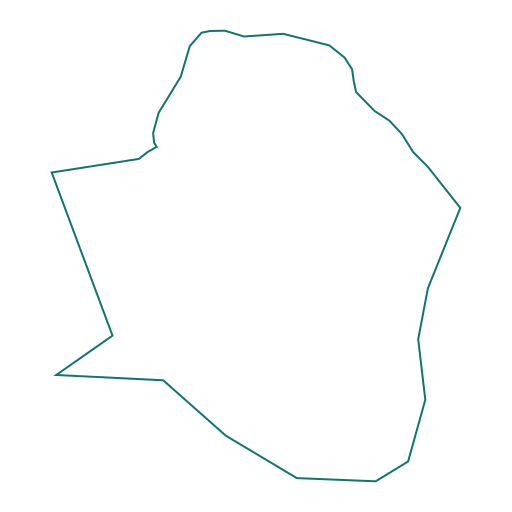 the border of Pesnica
{"feature_id": "SVN-976", "entity_name": "Pesnica", "entity_type": "Municipality", "adm_level": 1, "iso_a3": "SVN", "parent_name": "Slovenia", "parent_adm1": "", "projection": "natural_earth1", "projection_center": [15.715, 46.623], "detail": "fine", "context": "isolated", "style": "outline", "palette": "teal", "viewbox_px": 512, "rotation_deg": 0, "n_neighbors": 0, "source": "natural_earth", "source_scale": "10m", "svg_char_len": 545}
<svg xmlns="http://www.w3.org/2000/svg" viewBox="0 0 512 512"><path d="M375.6,481.3L296.8,478.1L225.8,435.7L163.2,380.3L56.2,375.0L112.5,335.6L51.7,172.5L138.9,158.9L147.6,152.0L156.7,146.9L154.1,142.7L153.1,133.0L158.7,112.7L180.7,76.8L189.8,46.1L201.5,32.7L210.1,31.0L224.8,30.7L244.1,36.5L283.1,33.8L329.3,45.4L344.5,57.5L352.1,69.3L353.8,81.5L356.1,92.1L374.6,111.0L389.3,120.6L402.0,134.2L413.1,152.0L427.8,166.8L460.3,207.9L427.9,288.3L418.2,339.2L425.3,399.8L408.1,461.5L375.6,481.3Z" fill="none" stroke="#0f766e" stroke-width="2"/></svg>